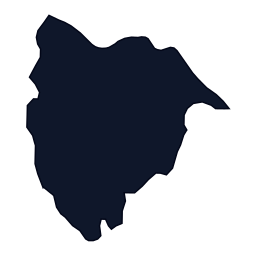 Unsan, P'yŏngan-bukto, North Korea
{"feature_id": "82179303B31233151456599", "entity_name": "Unsan", "entity_type": "district", "adm_level": 2, "iso_a3": "PRK", "parent_name": "North Korea", "parent_adm1": "P'yŏngan-bukto", "projection": "mercator", "projection_center": [125.845, 40.087], "detail": "fine", "context": "isolated", "style": "filled", "palette": "ink", "viewbox_px": 256, "rotation_deg": 0, "n_neighbors": 0, "source": "geoboundaries", "source_scale": "gbopen_adm2", "svg_char_len": 1201}
<svg xmlns="http://www.w3.org/2000/svg" viewBox="0 0 256 256"><path d="M170.4,47.4L161.1,50.4L157.3,49.7L154.5,48.4L148.0,38.7L145.3,37.2L141.5,36.9L138.0,37.5L131.4,37.2L124.7,38.4L118.1,41.4L115.2,43.9L109.1,47.4L106.1,48.2L102.0,48.4L98.4,47.9L95.1,46.7L91.8,44.4L80.3,33.0L71.0,25.9L64.6,22.4L58.6,20.0L49.0,15.4L44.2,22.3L38.0,30.6L36.4,37.3L37.7,44.0L40.6,49.0L40.4,57.3L35.7,65.6L29.5,77.2L35.3,84.0L39.6,92.3L38.0,99.0L33.5,98.9L27.4,105.5L27.2,115.5L26.9,127.2L32.7,135.5L34.4,141.8L35.5,145.5L35.1,163.8L37.8,173.8L43.1,187.6L43.5,187.1L53.8,195.5L56.6,207.2L60.9,213.8L65.3,217.2L72.6,225.6L79.9,230.6L85.7,238.9L88.7,240.6L93.2,240.6L97.7,239.0L100.8,235.7L99.5,225.8L101.1,219.1L105.6,219.2L108.5,225.8L111.4,229.2L115.9,225.9L122.0,223.3L122.2,211.0L125.4,201.0L124.1,192.7L134.6,192.8L142.2,186.2L148.3,179.6L155.9,173.0L160.4,173.1L166.4,174.8L172.5,168.2L177.3,151.6L180.5,145.0L183.7,135.0L186.6,130.2L186.8,130.0L183.9,125.0L184.0,120.0L184.1,115.0L187.3,108.4L193.3,103.4L202.3,101.9L211.2,105.2L215.6,108.6L224.6,108.7L229.1,108.6L223.2,101.3L216.2,94.6L206.6,87.8L197.7,78.8L192.6,73.0L177.0,50.7L174.0,48.0L170.4,47.4Z" fill="#0f172a" stroke="#020617" stroke-width="1.5"/></svg>